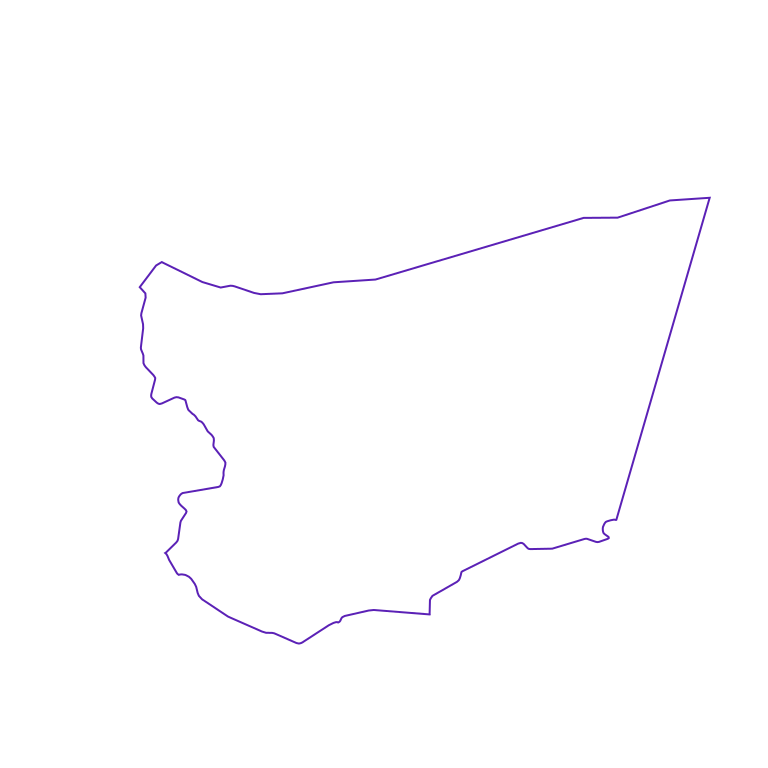 Zinder, orthographic projection, rotated 17°
{"feature_id": "NER-92", "entity_name": "Zinder", "entity_type": "Department", "adm_level": 1, "iso_a3": "NER", "parent_name": "Niger", "parent_adm1": "", "projection": "orthographic", "projection_center": [9.186, 15.151], "detail": "fine", "context": "isolated", "style": "outline", "palette": "violet", "viewbox_px": 768, "rotation_deg": 17, "n_neighbors": 0, "source": "natural_earth", "source_scale": "10m", "svg_char_len": 2577}
<svg xmlns="http://www.w3.org/2000/svg" viewBox="0 0 768 768"><g transform="rotate(17 384 384)"><path d="M495.1,591.0L440.3,603.1L435.6,605.1L414.3,617.3L412.3,619.2L411.8,620.4L411.4,623.3L410.9,624.4L410.0,625.4L409.5,625.5L408.9,625.4L407.7,625.8L405.6,627.2L401.8,630.8L382.4,653.9L381.7,654.8L380.4,656.0L379.1,656.8L378.4,657.1L376.0,657.3L351.9,654.5L349.9,654.7L343.9,656.4L339.7,656.4L306.7,652.5L302.8,652.0L273.0,643.1L268.9,640.7L266.9,638.3L263.7,632.9L261.5,630.5L256.6,626.7L253.9,625.4L250.8,624.8L249.5,624.7L246.7,625.1L245.4,625.5L244.1,626.1L243.6,626.5L243.2,626.4L242.1,626.0L241.2,625.4L230.0,615.1L227.2,611.7L225.7,610.3L224.2,609.6L224.8,608.9L231.7,596.2L232.4,594.2L232.4,592.3L229.8,576.0L229.8,574.2L232.4,565.2L232.4,563.6L231.3,562.4L229.6,561.5L225.7,559.7L223.8,558.6L222.3,557.4L221.3,555.5L220.9,554.4L220.7,552.9L220.9,551.5L221.1,550.9L221.7,549.3L222.1,548.6L222.5,548.1L222.8,547.7L223.4,547.1L255.6,530.9L257.0,529.8L257.5,528.2L257.7,526.3L257.7,522.4L257.3,518.2L256.5,515.9L256.2,514.5L256.0,513.0L256.0,509.4L255.8,507.4L255.3,505.5L253.6,503.8L239.6,494.0L238.9,492.8L238.6,491.9L237.9,487.9L237.5,486.8L237.1,485.8L236.7,485.2L235.4,484.1L234.0,483.1L229.6,481.0L229.0,480.6L223.3,475.2L221.6,474.1L220.4,473.5L218.1,473.3L217.4,473.2L216.8,473.0L213.1,470.0L211.0,468.9L209.7,468.6L205.3,466.4L204.3,465.8L202.6,463.6L198.9,457.7L198.5,457.4L197.5,457.2L191.3,456.9L189.3,457.3L187.6,458.3L177.3,467.5L175.4,468.7L174.0,468.8L172.2,468.3L166.6,465.6L165.2,464.4L164.6,462.8L164.4,461.3L163.8,446.9L163.5,445.2L162.5,444.2L161.0,443.0L151.4,437.6L149.5,436.2L147.9,434.4L145.6,427.1L144.5,425.5L142.5,423.1L141.4,421.7L140.8,420.1L137.4,401.1L136.1,397.3L131.7,389.5L131.3,387.2L130.8,371.1L129.3,367.1L122.1,362.8L131.4,337.3L135.8,332.4L180.5,339.6L199.6,339.5L208.4,334.9L210.6,334.4L212.8,334.3L233.1,334.9L239.8,334.2L260.3,327.0L306.0,301.5L345.3,286.6L526.3,166.8L558.8,156.6L603.7,124.9L641.0,110.7L645.9,445.9L645.6,446.2L643.7,446.4L640.5,448.1L637.5,450.1L636.4,451.1L635.8,452.6L635.5,454.0L635.2,456.8L635.5,458.4L636.1,460.1L636.8,461.4L637.6,462.4L638.9,463.1L643.4,464.6L644.0,465.5L643.3,466.6L635.8,472.1L634.3,472.8L632.8,473.0L623.5,472.7L622.4,472.9L621.0,473.6L593.0,492.3L572.5,499.0L571.2,499.3L570.2,499.3L568.8,498.7L564.3,496.1L562.7,495.7L561.3,495.9L559.0,497.4L513.7,540.2L513.1,541.1L513.1,542.1L513.3,544.4L513.3,547.5L513.1,548.9L512.9,549.8L512.4,550.6L511.6,551.9L492.3,572.4L491.4,575.2L491.1,577.1L494.8,590.4L495.1,590.9L495.1,591.0Z" fill="none" stroke="#5b21b6" stroke-width="2"/></g></svg>